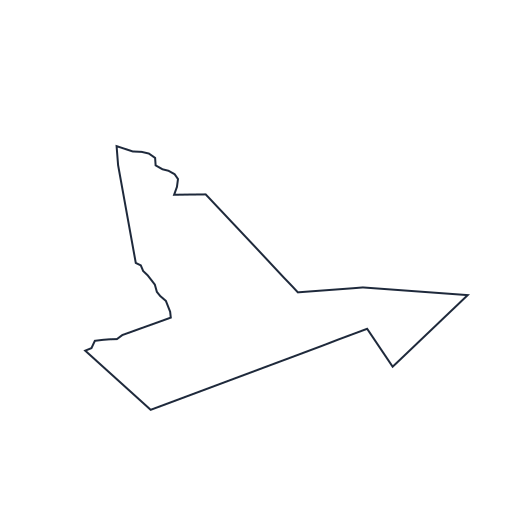 the district of Itaú, Rio Grande do Norte, Brazil, rotated 73°
{"feature_id": "56859067B48438751115666", "entity_name": "Itaú", "entity_type": "district", "adm_level": 2, "iso_a3": "BRA", "parent_name": "Brazil", "parent_adm1": "Rio Grande do Norte", "projection": "mercator", "projection_center": [-37.937, -5.8], "detail": "fine", "context": "isolated", "style": "outline", "palette": "slate", "viewbox_px": 512, "rotation_deg": 73, "n_neighbors": 0, "source": "geoboundaries", "source_scale": "gbopen_adm2", "svg_char_len": 727}
<svg xmlns="http://www.w3.org/2000/svg" viewBox="0 0 512 512"><g transform="rotate(73 256 256)"><path d="M355.3,65.0L317.3,163.0L315.3,172.2L304.9,218.1L303.0,226.6L296.0,230.0L285.0,235.6L249.8,252.8L182.4,286.1L177.6,302.3L173.5,316.4L166.8,311.4L159.6,308.1L154.0,309.9L148.9,314.8L145.7,320.1L140.0,325.5L132.7,323.8L126.7,328.5L123.0,334.9L120.0,343.3L110.2,357.2L128.7,361.3L227.5,373.0L231.3,368.9L237.4,368.3L242.9,365.2L253.8,361.1L261.3,361.3L266.3,359.3L272.6,355.3L284.2,354.4L290.0,355.5L292.5,406.9L294.8,413.3L292.8,420.6L291.4,427.0L290.0,434.9L296.0,440.3L296.6,447.0L372.3,401.7L361.3,220.5L359.9,201.0L358.1,171.0L401.8,157.7L398.8,151.6L355.3,65.0Z" fill="none" stroke="#1e293b" stroke-width="2"/></g></svg>